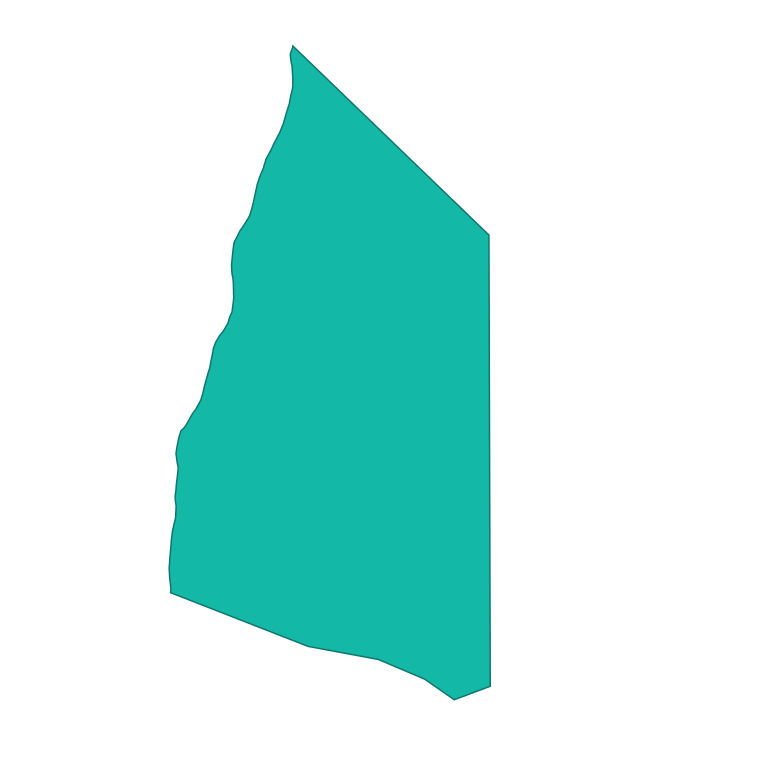 outline of Cocoa Dan, Saint Lucia, rotated 113°
{"feature_id": "8701671B69443980159425", "entity_name": "Cocoa Dan", "entity_type": "district", "adm_level": 2, "iso_a3": "LCA", "parent_name": "Saint Lucia", "parent_adm1": "", "projection": "orthographic", "projection_center": [-60.972, 13.731], "detail": "fine", "context": "isolated", "style": "filled", "palette": "teal", "viewbox_px": 768, "rotation_deg": 113, "n_neighbors": 0, "source": "geoboundaries", "source_scale": "gbopen_adm2", "svg_char_len": 1695}
<svg xmlns="http://www.w3.org/2000/svg" viewBox="0 0 768 768"><g transform="rotate(113 384 384)"><path d="M108.5,599.9L111.4,599.4L114.3,599.4L117.1,599.1L120.7,597.2L123.0,595.8L125.2,594.4L126.8,593.1L131.0,591.0L138.1,587.4L141.5,586.0L145.5,584.3L149.0,583.4L151.5,583.0L154.9,582.5L156.3,582.2L163.4,580.6L168.6,580.2L175.5,579.4L183.4,578.4L190.0,578.3L193.7,578.2L195.9,578.4L198.5,578.7L206.2,579.3L212.3,579.4L218.6,580.0L223.4,580.5L225.3,580.2L230.4,579.7L232.3,579.3L239.2,579.4L242.8,579.3L245.1,579.0L249.8,578.7L253.0,578.0L256.0,577.5L258.9,576.9L268.6,575.1L275.0,574.1L280.8,573.5L284.4,573.7L287.1,574.2L289.9,574.6L291.4,574.9L295.7,575.6L298.9,576.4L301.2,576.5L303.9,576.7L307.2,576.8L309.7,577.2L312.2,577.2L313.7,577.0L319.4,575.4L324.6,573.8L327.6,572.9L333.9,570.9L339.1,568.4L342.9,566.4L344.4,565.1L349.8,562.2L357.0,558.9L360.3,557.5L362.3,556.4L367.3,554.8L376.9,552.1L383.6,552.1L388.9,551.4L393.6,552.0L397.8,552.5L403.9,554.3L405.8,554.5L411.1,555.2L412.7,555.2L418.0,555.0L419.9,554.4L427.0,552.9L431.4,552.1L433.3,551.6L437.2,550.7L443.6,550.1L456.2,548.4L462.8,547.2L464.5,547.0L469.9,546.4L471.4,546.4L481.6,547.5L485.6,548.6L488.5,549.0L493.9,549.5L498.3,550.0L502.1,550.8L506.4,552.6L513.6,551.9L521.9,550.2L529.4,548.3L530.6,547.5L536.6,544.0L541.7,540.6L547.5,538.8L557.6,535.9L563.1,534.0L565.7,533.3L569.1,532.3L572.4,530.8L577.7,527.6L588.5,523.6L595.1,522.5L601.8,521.3L610.3,518.9L618.1,516.2L629.3,512.7L632.7,511.4L637.6,509.8L640.5,508.3L646.1,505.6L651.3,502.6L656.2,499.9L659.5,498.9L655.2,351.3L639.8,281.6L639.8,231.2L647.2,196.0L620.7,168.1L205.9,345.6L136.9,525.8L108.5,599.9Z" fill="#14b8a6" stroke="#0f766e" stroke-width="1.5"/></g></svg>